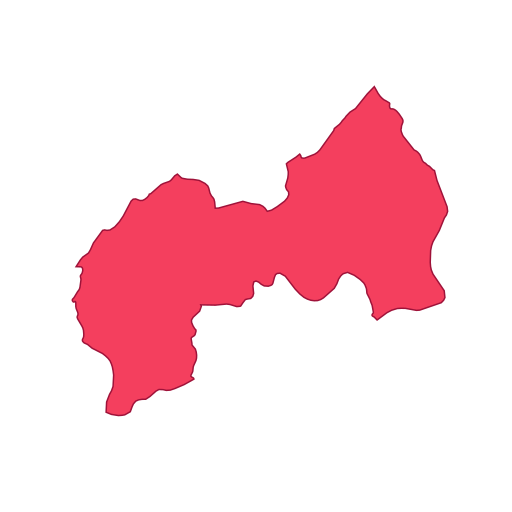 SVG path tracing the border of Bengo, rotated 68°
{"feature_id": "AGO-1877", "entity_name": "Bengo", "entity_type": "Province", "adm_level": 1, "iso_a3": "AGO", "parent_name": "Angola", "parent_adm1": "", "projection": "albers", "projection_center": [13.878, -9.029], "detail": "fine", "context": "isolated", "style": "filled", "palette": "rose", "viewbox_px": 512, "rotation_deg": 68, "n_neighbors": 0, "source": "natural_earth", "source_scale": "10m", "svg_char_len": 4260}
<svg xmlns="http://www.w3.org/2000/svg" viewBox="0 0 512 512"><g transform="rotate(68 256 256)"><path d="M181.9,193.3L181.1,191.2L179.3,181.8L177.9,177.3L179.7,176.9L181.1,177.1L182.1,176.9L183.1,175.4L183.5,174.0L183.6,163.5L183.0,160.4L181.6,157.1L168.8,136.9L167.1,135.6L165.2,129.3L164.0,126.9L162.9,125.3L161.2,121.6L160.2,120.2L157.8,114.9L156.6,108.5L147.3,91.9L143.3,82.9L143.6,82.9L144.3,82.7L151.0,81.9L154.6,81.0L157.2,79.9L158.5,79.2L159.6,78.5L160.4,77.7L164.0,75.0L164.6,74.9L165.2,75.1L166.0,75.6L166.6,75.9L167.5,76.2L168.8,76.4L169.6,76.1L170.2,75.7L170.4,75.1L170.6,74.6L170.9,74.0L171.5,73.2L173.1,72.0L174.7,71.2L178.0,70.1L183.2,69.0L184.7,68.9L185.8,69.1L187.1,69.8L189.6,72.1L190.2,72.5L192.1,73.5L192.6,74.0L193.7,74.4L195.2,74.7L198.5,74.8L200.2,74.6L216.2,69.9L217.2,69.5L218.2,68.5L219.1,67.9L220.3,67.2L223.1,66.2L225.0,66.0L229.8,66.0L231.1,65.7L232.1,65.3L232.6,64.8L233.2,64.4L233.8,64.0L235.8,63.2L236.9,62.4L237.4,61.9L238.0,61.5L241.4,60.1L242.6,59.5L243.6,58.5L253.7,59.9L281.9,60.4L286.4,61.6L289.3,64.1L291.3,67.1L301.0,76.5L309.1,86.6L312.3,89.4L316.3,92.0L327.1,96.8L331.2,98.1L334.5,98.7L339.1,98.7L358.7,94.5L365.3,96.4L367.3,98.6L368.7,101.7L367.5,124.5L366.5,127.6L360.5,137.1L358.9,140.8L357.6,144.7L357.1,150.6L357.6,155.8L360.7,167.7L357.0,169.2L355.6,170.3L355.0,170.6L354.3,170.6L353.6,170.1L353.0,169.0L352.7,168.6L352.2,168.3L351.5,168.1L345.7,166.9L344.9,166.8L341.3,166.8L339.7,166.6L338.5,166.6L332.5,167.1L331.7,167.0L328.7,166.1L327.1,165.8L323.5,165.8L321.3,166.2L316.8,168.2L310.7,172.1L305.5,177.2L305.1,181.4L305.3,182.7L306.2,184.9L308.3,188.0L312.0,191.4L315.3,195.6L320.1,209.2L320.6,212.4L320.4,215.6L319.3,218.7L317.6,221.7L315.2,224.5L312.3,227.0L307.6,229.6L301.5,232.0L285.7,236.4L280.9,240.2L280.1,243.0L280.6,244.9L282.8,247.0L287.5,250.5L288.5,251.7L288.8,253.2L288.6,255.9L286.8,259.6L284.1,261.8L281.2,263.3L279.2,265.4L279.2,267.8L282.6,270.1L289.8,272.2L292.2,274.1L293.4,276.8L292.7,279.8L292.4,282.2L294.4,285.6L296.7,289.0L296.5,290.2L295.7,292.8L291.2,298.3L289.5,301.3L286.3,312.1L280.6,325.5L282.0,325.4L286.0,328.9L289.2,337.2L291.2,339.8L293.5,340.6L297.0,340.6L300.3,340.1L302.1,339.4L303.4,339.9L306.0,341.9L306.3,342.3L306.7,343.0L307.4,346.3L308.3,347.1L312.9,348.1L313.9,348.5L314.8,348.6L319.6,347.1L322.7,347.4L325.7,348.2L328.4,349.4L330.5,350.9L334.2,354.8L335.4,355.8L339.0,357.7L339.9,358.4L342.2,361.0L343.2,361.4L344.2,360.9L345.2,360.0L346.1,359.6L346.9,359.7L348.3,370.8L348.5,380.9L348.2,385.8L347.0,389.5L345.1,392.2L343.4,396.0L343.8,399.3L346.5,406.9L347.5,411.9L346.2,415.3L345.4,418.7L345.5,421.8L347.2,425.1L349.3,427.3L353.3,430.9L354.1,437.2L353.5,439.9L352.4,443.3L348.7,449.4L344.7,453.5L335.4,449.2L329.4,443.6L326.9,440.5L323.4,437.4L313.1,432.6L308.9,431.5L304.9,430.7L301.8,430.5L298.6,430.6L295.4,431.5L292.1,433.0L288.8,434.9L280.1,442.5L274.9,445.3L272.2,447.9L271.3,448.3L270.0,448.7L269.3,448.6L268.8,448.4L268.2,448.0L267.5,447.1L266.2,446.0L264.1,445.0L260.3,443.8L257.7,443.5L255.5,443.7L247.5,444.9L245.8,444.8L244.8,444.2L244.3,443.5L243.0,442.7L241.6,442.4L237.4,442.4L235.4,442.0L231.6,440.5L230.6,440.5L230.3,440.9L230.5,441.4L230.5,442.0L230.2,442.6L228.9,443.0L228.1,442.9L227.4,442.4L226.4,440.3L222.2,434.7L221.4,433.3L220.6,432.2L219.0,430.9L212.5,427.2L211.1,426.8L209.5,426.6L208.7,426.3L208.1,425.7L207.6,424.8L206.8,423.7L204.8,422.2L203.2,421.6L202.0,421.5L201.3,421.7L200.7,422.1L200.3,422.7L198.5,426.8L193.8,420.2L192.1,417.0L190.5,410.2L188.3,407.3L183.0,401.8L174.8,388.6L175.1,386.6L176.4,384.6L177.2,381.7L176.1,376.0L173.1,369.9L169.3,364.2L158.3,351.2L157.3,348.6L158.0,346.2L161.1,342.8L162.0,340.3L161.8,337.9L161.0,335.1L159.8,332.8L158.7,331.8L158.8,330.2L154.3,317.3L154.1,314.6L154.4,308.3L153.8,306.2L151.2,301.3L150.6,298.2L155.2,296.1L156.3,295.3L159.1,290.9L161.5,285.6L164.6,280.4L169.6,276.1L172.9,274.5L175.3,274.4L180.4,275.1L183.6,274.8L185.6,274.1L187.5,273.7L190.4,274.1L196.4,275.9L197.5,272.9L200.4,247.7L205.6,240.9L209.7,233.4L212.5,231.0L214.9,229.8L218.8,228.8L219.3,224.4L218.2,217.8L215.9,209.0L214.0,205.3L211.5,202.7L208.7,201.8L206.0,202.7L203.7,202.7L202.1,202.4L195.6,197.3L192.5,195.6L189.9,194.5L181.9,193.3L181.9,193.3Z" fill="#f43f5e" stroke="#9f1239" stroke-width="1.5"/></g></svg>